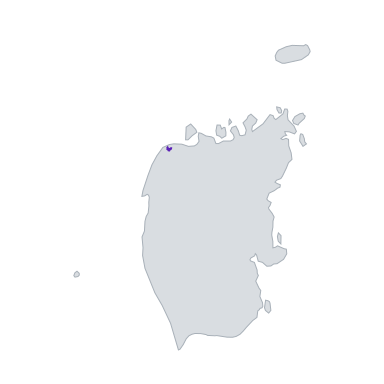 Dongnae-gu, Busan, South Korea (highlighted), rotated 186°
{"feature_id": "91817680B12008242239928", "entity_name": "Dongnae-gu", "entity_type": "district", "adm_level": 2, "iso_a3": "KOR", "parent_name": "South Korea", "parent_adm1": "Busan", "projection": "equal_earth", "projection_center": [129.073, 35.197], "detail": "fine", "context": "in_parent", "style": "filled", "palette": "violet", "viewbox_px": 384, "rotation_deg": 186, "n_neighbors": 0, "source": "geoboundaries", "source_scale": "gbopen_adm2", "svg_char_len": 3644}
<svg xmlns="http://www.w3.org/2000/svg" viewBox="0 0 384 384"><g transform="rotate(186 192 192)"><path d="M112.8,81.9L114.1,80.8L114.2,79.3L114.3,74.1L118.1,70.6L123.7,63.2L126.4,59.2L129.4,55.5L133.0,53.0L136.4,51.8L141.9,51.3L152.3,51.8L154.3,51.4L161.5,51.0L163.2,51.7L168.5,52.1L174.3,51.6L177.2,50.5L180.0,48.7L182.4,45.4L184.8,39.3L187.5,34.4L189.0,33.5L199.6,59.2L209.7,75.9L218.4,87.9L230.8,111.2L234.5,123.7L234.9,131.5L237.0,142.1L235.2,148.2L235.7,157.9L235.0,162.9L233.4,166.5L233.4,173.6L233.9,177.3L233.9,182.3L234.9,184.3L236.4,185.0L238.6,183.2L241.4,182.4L240.9,188.4L237.6,203.6L234.7,214.8L230.7,224.4L225.6,233.3L219.5,236.8L215.2,238.0L207.1,238.5L200.3,237.0L194.4,238.1L192.1,239.9L190.3,243.1L191.6,248.0L191.4,251.6L188.9,251.3L184.0,249.2L178.5,248.9L175.9,247.9L173.3,242.7L170.7,242.9L166.1,246.0L159.1,246.7L156.6,248.3L155.7,250.5L156.7,253.2L160.2,256.8L159.0,260.4L155.3,262.2L152.4,257.8L150.5,253.4L148.4,253.2L145.2,254.4L144.5,259.1L146.0,262.3L148.5,266.1L145.0,270.4L144.0,273.4L141.5,275.6L134.8,270.7L135.8,267.3L138.8,263.9L139.1,260.5L138.2,258.4L128.5,267.2L122.5,277.1L119.3,276.4L118.0,273.8L116.2,272.8L109.7,279.2L108.5,284.2L106.1,284.4L105.1,282.3L105.1,277.7L104.0,273.8L97.4,268.2L94.5,263.2L96.1,260.5L101.6,262.0L106.0,261.8L105.2,259.5L103.8,258.3L106.7,257.0L109.2,254.3L107.2,253.6L104.1,255.2L101.5,254.4L100.6,247.9L97.5,241.3L96.0,234.9L99.1,231.2L100.7,225.5L103.7,217.2L105.1,214.6L109.1,212.6L110.5,210.5L108.4,209.4L104.9,208.4L105.0,206.0L107.4,204.7L110.1,202.1L115.2,198.9L116.9,192.8L115.4,191.3L112.2,189.9L113.0,186.8L114.3,184.5L113.8,183.1L110.1,179.2L107.7,175.7L108.4,171.6L107.9,165.4L108.3,160.3L108.2,157.5L106.4,151.2L105.7,144.9L103.2,145.8L101.3,147.4L94.4,145.2L92.2,145.0L91.3,140.4L93.9,134.6L99.9,129.6L103.3,128.9L105.8,126.7L109.8,126.0L114.6,129.4L118.9,130.1L121.2,136.1L122.6,137.3L123.0,135.1L126.5,132.6L127.3,130.7L126.6,129.6L122.6,128.5L119.1,121.2L118.6,118.0L117.3,115.9L119.3,110.0L115.3,103.4L113.3,101.2L113.6,95.2L111.5,91.4L110.3,89.3L109.6,85.7L110.3,84.1L112.2,83.4L112.8,81.9ZM96.3,349.1L94.3,350.5L92.4,349.7L91.9,349.0L89.7,345.6L89.2,343.9L90.7,340.5L97.0,335.1L113.0,329.8L115.9,329.5L122.2,331.8L123.5,336.0L122.3,339.7L120.8,342.1L113.5,346.3L107.7,348.3L96.3,349.1ZM204.6,255.9L200.4,259.5L194.8,254.6L193.4,251.9L197.7,248.0L201.4,243.5L203.8,243.2L204.6,255.9ZM174.6,255.4L174.1,261.2L170.9,261.5L169.1,257.8L167.1,259.6L166.0,259.6L164.5,255.0L164.2,251.4L168.0,248.6L170.2,250.3L173.4,251.1L174.6,255.4ZM92.9,281.1L90.0,282.0L88.5,280.0L87.3,279.4L88.0,276.8L92.7,271.5L93.6,269.7L97.9,270.8L99.5,273.6L97.5,277.8L92.9,281.1ZM107.8,84.5L107.5,92.1L105.1,91.8L103.5,91.0L102.8,89.6L101.2,82.5L103.1,79.6L106.6,81.9L107.8,84.5ZM90.4,259.8L89.8,261.3L87.9,260.8L85.9,256.8L85.1,253.6L83.2,251.8L86.4,249.0L90.3,254.0L90.4,259.8ZM102.4,156.6L101.8,160.4L98.9,157.9L98.2,149.6L101.1,152.1L102.4,156.6ZM300.0,99.4L298.1,101.2L295.7,99.4L295.4,97.6L296.6,96.0L299.5,95.1L300.8,96.5L300.0,99.4ZM116.0,282.7L116.7,285.5L113.1,285.0L111.3,282.3L111.5,279.9L113.7,279.6L116.0,282.7ZM162.7,266.7L162.2,268.5L159.9,265.7L162.2,262.7L162.7,266.7Z" fill="#d9dde1" stroke="#a8b0b8" stroke-width="1"/><path d="M221.2,231.9L220.6,231.6L220.3,231.5L220.1,231.3L220.0,231.0L219.8,230.7L219.5,230.8L219.1,230.9L218.9,230.9L218.7,230.8L218.4,231.8L217.8,232.2L217.6,232.2L217.3,232.5L217.1,233.0L217.1,233.6L217.8,233.5L218.3,233.0L218.8,232.7L219.5,232.6L220.0,232.9L220.2,233.0L220.4,233.3L220.6,233.6L220.9,233.7L221.0,234.1L221.4,233.6L221.3,233.1L221.2,232.7L221.1,232.3L221.2,231.9Z" fill="#8b5cf6" stroke="#5b21b6" stroke-width="1.5"/></g></svg>